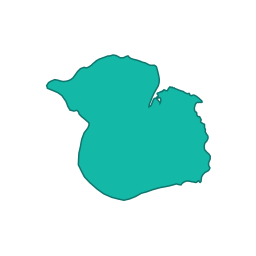 the district of Mtwara Urban, Mtwara, United Republic of Tanzania, rotated 38°
{"feature_id": "72390352B87015028421250", "entity_name": "Mtwara Urban", "entity_type": "district", "adm_level": 2, "iso_a3": "TZA", "parent_name": "United Republic of Tanzania", "parent_adm1": "Mtwara", "projection": "mercator", "projection_center": [40.161, -10.316], "detail": "fine", "context": "isolated", "style": "filled", "palette": "teal", "viewbox_px": 256, "rotation_deg": 38, "n_neighbors": 0, "source": "geoboundaries", "source_scale": "gbopen_adm2", "svg_char_len": 4968}
<svg xmlns="http://www.w3.org/2000/svg" viewBox="0 0 256 256"><g transform="rotate(38 128 128)"><path d="M195.0,84.8L194.0,84.7L193.4,84.4L192.7,84.0L192.1,83.9L191.8,83.8L191.6,83.7L191.4,83.5L191.1,83.3L190.8,83.1L190.7,82.8L190.6,82.6L190.5,82.4L190.3,82.0L189.9,81.6L189.5,81.3L189.1,81.1L188.7,80.9L188.4,80.7L188.1,80.6L187.7,80.1L187.3,79.6L186.8,79.0L186.4,78.4L186.1,78.1L185.7,78.0L185.3,78.2L185.1,78.3L184.7,78.3L184.1,78.4L183.6,78.6L183.3,78.5L183.0,78.4L182.6,78.4L182.3,78.5L182.0,78.6L181.6,78.6L181.4,78.4L181.1,78.0L180.9,77.6L180.8,77.2L180.8,76.8L180.7,76.6L180.5,76.4L180.0,76.2L179.4,75.9L179.2,75.8L178.8,75.6L178.4,75.4L178.0,75.2L177.6,75.1L177.3,75.1L177.2,75.3L176.7,75.5L176.4,75.7L176.1,75.9L175.9,75.9L175.6,75.8L175.3,75.7L175.1,75.6L174.9,75.5L174.6,75.5L174.4,75.4L174.1,75.3L173.9,75.1L173.7,75.0L173.6,74.7L173.4,74.4L173.0,73.9L172.5,73.6L172.1,73.5L171.7,73.5L171.3,73.8L170.6,73.7L170.0,73.3L169.7,73.1L169.2,72.7L168.4,71.9L168.0,71.4L167.9,71.2L167.5,70.4L167.2,69.7L166.7,68.5L166.4,67.2L166.5,66.2L166.7,65.6L167.0,64.9L167.4,64.7L168.0,64.4L168.4,63.9L168.9,63.5L169.4,63.2L169.7,62.9L170.1,62.6L170.4,62.3L170.4,61.9L170.1,61.7L169.8,61.4L169.3,61.2L168.7,61.2L168.0,61.1L167.3,61.1L166.5,61.0L165.5,60.9L164.5,60.9L163.6,60.9L162.7,60.9L161.7,61.0L160.8,61.2L160.0,61.3L159.6,61.6L159.2,61.9L158.7,62.3L158.5,62.7L158.3,63.3L157.9,63.5L157.5,63.6L157.2,63.7L156.7,63.9L156.1,63.8L155.6,63.4L155.2,63.1L154.8,63.1L154.6,63.4L154.3,63.7L153.9,64.2L153.3,64.5L152.8,64.7L152.1,65.0L151.3,65.1L150.6,65.2L149.9,65.2L149.4,65.2L148.6,65.3L147.9,65.7L147.2,66.0L146.5,66.3L145.8,66.4L145.1,66.7L144.5,66.9L143.8,67.1L143.1,67.2L142.6,67.4L142.1,67.6L141.5,67.8L140.7,68.0L139.9,67.9L139.5,68.1L139.3,68.4L138.7,68.7L138.2,68.7L137.6,68.7L137.6,69.1L137.1,69.5L136.5,69.6L136.1,69.6L135.7,69.8L135.7,70.1L135.6,70.4L135.6,70.7L135.6,71.2L135.7,72.0L135.7,72.4L135.7,72.8L135.9,73.5L136.0,73.8L136.0,74.1L135.9,74.4L135.8,74.5L135.5,74.8L135.1,75.1L134.6,75.3L134.0,75.4L133.4,75.5L133.1,75.6L132.8,75.8L132.7,76.3L132.9,76.6L132.8,76.9L132.5,77.2L132.4,77.4L132.2,77.7L132.3,78.1L132.5,78.3L132.4,78.6L132.1,78.8L131.5,79.2L131.2,79.8L130.9,80.6L130.4,81.4L129.8,82.3L129.7,82.7L129.9,83.1L130.4,83.3L130.9,83.4L131.5,83.7L132.1,84.1L132.3,84.3L132.4,84.5L132.2,84.9L132.1,85.2L131.8,85.7L131.7,86.1L131.8,86.5L132.0,86.7L132.7,86.8L133.0,86.6L133.1,86.3L133.2,86.0L133.4,85.6L133.7,85.4L133.9,85.2L134.1,84.9L134.2,84.7L134.5,84.6L134.9,84.5L135.0,84.5L135.4,84.7L135.6,84.8L135.8,84.9L136.1,85.2L136.6,85.6L137.1,86.4L137.5,87.3L137.9,88.1L138.0,88.7L137.9,88.6L136.4,88.0L134.8,87.7L132.9,87.5L131.4,87.5L130.9,87.9L130.5,88.7L130.5,89.5L130.7,90.6L131.1,91.8L131.5,93.2L131.9,94.5L132.3,95.9L132.1,97.1L131.5,98.4L130.6,96.9L130.0,95.5L129.4,93.2L128.6,90.6L127.9,88.3L127.6,86.8L127.1,84.6L126.4,79.7L125.9,76.2L124.6,73.1L122.6,70.3L121.8,69.6L120.7,68.5L118.2,66.4L114.8,63.8L112.7,62.3L112.0,62.2L111.1,62.2L110.0,62.4L108.0,64.1L106.2,65.2L104.0,65.6L101.8,66.0L101.2,66.2L100.7,66.4L100.0,66.7L99.8,66.9L99.5,67.0L99.3,67.1L98.4,67.4L96.4,67.9L95.8,68.1L93.4,69.0L92.6,69.3L90.1,70.5L87.2,71.5L86.1,71.5L85.9,71.5L84.6,71.5L84.1,71.1L83.5,71.3L82.5,72.8L82.4,72.9L82.2,73.3L81.6,74.5L81.1,75.5L78.8,77.4L77.5,77.6L76.9,77.7L74.0,78.2L71.2,79.7L70.8,80.3L69.5,82.2L67.8,83.7L66.2,86.3L64.8,88.5L62.9,91.5L62.1,93.5L61.7,94.4L61.2,97.1L60.8,98.9L60.5,101.1L59.8,103.4L58.4,106.2L56.1,107.2L54.0,110.5L53.5,114.6L53.7,118.6L53.8,122.2L53.3,124.5L52.4,126.6L50.7,129.0L48.3,131.3L45.9,132.5L42.9,133.7L40.5,135.0L40.3,135.3L39.4,136.9L38.1,139.3L37.8,140.3L37.5,141.0L37.5,141.6L37.8,144.7L39.0,145.5L40.0,146.3L44.4,145.1L45.8,144.7L51.0,143.3L52.2,143.3L55.9,143.1L62.9,145.3L67.3,148.0L71.3,149.6L73.2,148.7L74.9,148.0L76.8,145.6L78.6,145.6L79.8,146.3L81.0,147.1L84.6,147.6L86.5,147.6L91.1,147.8L93.9,147.9L95.3,149.4L95.5,149.6L96.4,152.8L96.4,158.7L98.5,165.3L99.8,167.9L100.2,168.7L102.2,172.4L102.7,173.6L103.1,174.3L103.2,174.5L104.8,178.0L108.1,182.8L110.9,186.7L111.3,187.2L111.6,187.6L118.4,190.9L122.3,192.7L123.2,193.1L124.0,193.4L132.0,194.6L133.0,194.6L141.1,195.1L144.8,195.0L149.4,194.8L158.0,192.6L164.6,189.7L169.3,187.4L172.9,182.9L173.1,182.6L176.1,177.4L178.6,171.4L179.3,170.4L182.0,166.8L183.4,164.6L184.4,163.0L185.0,162.0L190.0,155.2L193.6,151.2L196.0,148.4L198.5,145.1L198.7,144.8L198.9,144.6L200.5,142.3L202.9,141.3L204.8,140.2L204.7,138.3L205.5,135.8L206.8,133.7L209.1,132.1L210.6,131.5L211.3,131.1L212.3,130.5L212.9,130.2L213.5,129.9L214.8,129.3L215.4,128.7L215.6,128.1L215.6,127.2L216.3,126.0L217.2,126.5L218.3,126.5L218.5,125.3L217.6,123.8L216.1,121.3L215.7,118.5L216.0,116.0L216.1,115.6L217.4,112.6L217.7,110.8L217.3,109.6L217.1,109.0L214.8,108.0L213.3,106.4L212.5,104.5L211.9,102.0L210.2,99.6L207.7,98.7L205.2,98.6L201.7,97.9L201.0,97.3L199.3,95.5L197.8,92.7L197.9,92.4L198.1,90.1L197.5,87.1L196.3,85.5L195.7,85.1L195.0,84.8Z" fill="#14b8a6" stroke="#0f766e" stroke-width="1.5"/></g></svg>